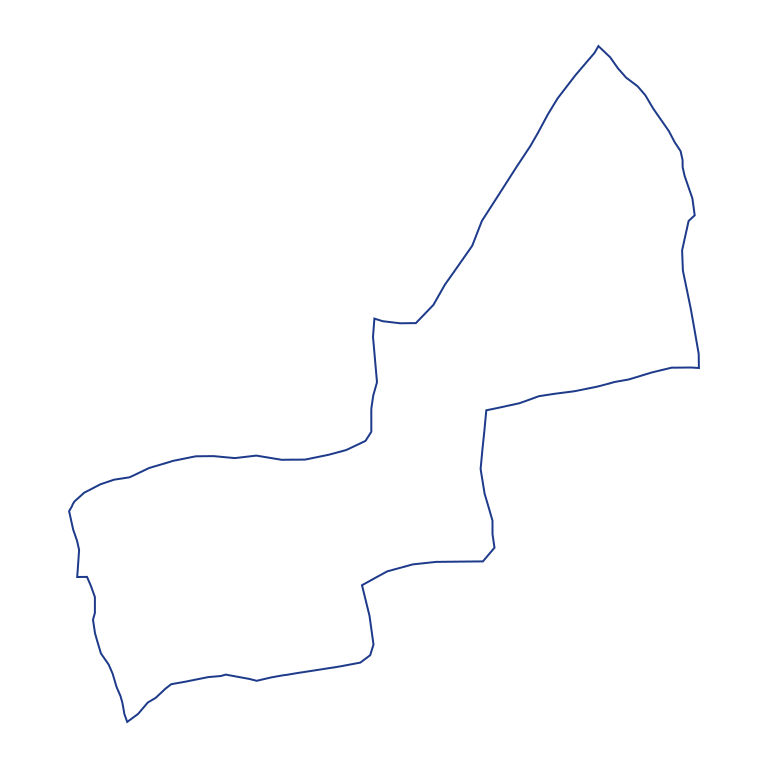 the district of Esan North-East, Edo, Nigeria
{"feature_id": "59680162B23598949397905", "entity_name": "Esan North-East", "entity_type": "district", "adm_level": 2, "iso_a3": "NGA", "parent_name": "Nigeria", "parent_adm1": "Edo", "projection": "robinson", "projection_center": [6.377, 6.787], "detail": "fine", "context": "isolated", "style": "outline", "palette": "blue", "viewbox_px": 768, "rotation_deg": 0, "n_neighbors": 0, "source": "geoboundaries", "source_scale": "gbopen_adm2", "svg_char_len": 2014}
<svg xmlns="http://www.w3.org/2000/svg" viewBox="0 0 768 768"><path d="M698.9,368.0L698.7,353.9L694.8,331.4L690.8,308.9L682.9,270.6L682.1,250.4L688.6,221.0L694.7,215.3L692.4,198.4L688.5,187.2L684.6,175.9L682.6,166.9L682.6,160.2L680.6,151.2L674.7,142.2L668.8,131.0L661.0,119.8L653.2,108.6L645.3,95.2L637.5,86.2L626.6,78.0L625.8,77.3L618.0,68.4L610.1,57.2L606.2,53.5L598.4,46.1L594.5,52.9L586.7,62.0L575.1,75.6L557.6,98.4L547.9,114.3L538.2,132.4L530.4,146.0L516.8,166.5L499.4,193.7L481.9,220.9L472.2,245.8L454.7,270.8L445.0,284.5L433.4,304.9L415.9,323.1L406.1,323.2L400.3,323.3L382.7,321.2L374.4,318.6L373.0,337.1L373.5,342.4L374.5,353.8L374.9,358.5L377.0,382.2L373.2,395.7L371.5,407.4L371.3,409.3L371.3,425.1L371.3,431.8L365.5,440.9L348.6,448.9L346.0,450.1L328.5,454.8L305.1,459.6L290.1,459.7L281.7,459.8L256.3,455.6L240.0,457.5L234.9,458.1L230.7,457.7L230.3,457.7L213.4,456.1L195.9,456.3L192.2,457.0L188.8,457.7L173.9,460.7L172.5,461.0L170.4,461.7L155.2,466.2L149.1,468.0L129.6,477.3L114.0,479.7L100.4,484.3L84.2,492.7L74.5,501.4L72.7,504.3L72.0,506.2L69.1,511.2L73.2,529.7L74.4,533.1L77.1,541.0L79.1,550.0L77.8,568.8L77.2,577.0L87.0,576.9L90.9,585.9L94.9,597.1L94.9,599.5L94.9,612.6L94.9,612.9L93.0,619.7L95.0,633.2L96.9,639.9L99.0,647.0L100.9,653.4L108.7,664.6L112.6,673.6L116.6,687.1L120.5,696.1L122.4,702.8L124.4,714.1L127.2,721.9L138.1,713.9L147.8,702.5L155.6,697.9L159.8,694.0L165.3,688.8L171.2,684.2L172.9,683.9L184.8,681.8L208.2,677.1L220.9,676.0L225.7,674.6L249.2,678.9L256.7,680.8L270.8,677.5L283.0,675.3L287.0,674.8L296.4,673.2L311.4,670.9L339.6,666.5L360.3,662.6L370.2,655.2L373.5,644.5L369.5,615.8L362.0,585.2L373.8,578.7L387.1,571.4L412.7,564.4L426.7,562.9L436.1,561.9L461.4,561.6L482.9,561.4L494.5,547.7L492.5,534.2L492.5,520.7L488.6,507.2L484.6,493.7L480.6,469.0L482.5,448.7L484.4,430.6L486.3,410.3L498.0,407.9L519.5,403.2L538.9,396.2L554.5,393.8L574.0,391.3L597.4,386.6L615.0,381.9L628.6,379.5L652.0,372.4L671.5,367.7L691.0,367.5L698.9,368.0Z" fill="none" stroke="#1e3a8a" stroke-width="2"/></svg>